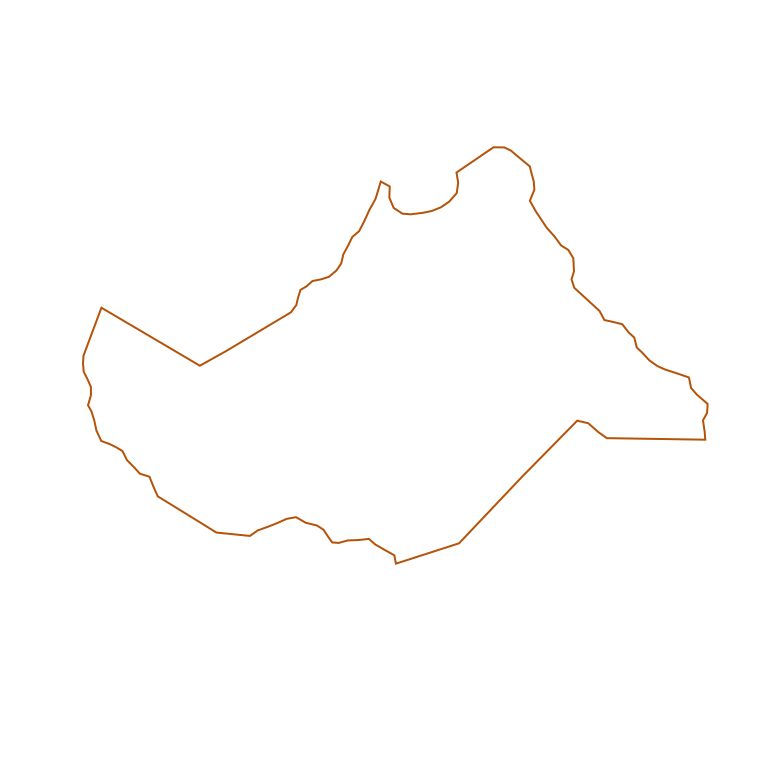 Aparecida, Paraíba, Brazil, rotated 242°
{"feature_id": "56859067B78543699669517", "entity_name": "Aparecida", "entity_type": "district", "adm_level": 2, "iso_a3": "BRA", "parent_name": "Brazil", "parent_adm1": "Paraíba", "projection": "orthographic", "projection_center": [-38.057, -6.786], "detail": "fine", "context": "isolated", "style": "outline", "palette": "amber", "viewbox_px": 768, "rotation_deg": 242, "n_neighbors": 0, "source": "geoboundaries", "source_scale": "gbopen_adm2", "svg_char_len": 1642}
<svg xmlns="http://www.w3.org/2000/svg" viewBox="0 0 768 768"><g transform="rotate(242 384 384)"><path d="M504.2,112.7L497.2,112.8L488.3,111.2L477.8,108.2L466.4,107.6L459.5,113.8L453.9,117.8L447.6,121.6L437.5,121.3L426.5,124.6L419.5,126.3L412.2,133.4L401.1,132.2L391.0,131.5L344.4,158.8L331.5,166.3L312.8,194.3L314.0,203.8L312.4,214.9L311.4,223.8L310.6,234.9L307.7,243.8L298.3,249.7L290.4,258.5L283.6,262.2L275.9,262.9L268.4,263.9L264.9,269.5L263.0,278.3L258.3,288.0L254.3,298.0L246.5,300.9L237.0,306.8L227.9,312.7L219.8,310.2L208.1,375.5L237.1,461.8L260.9,537.4L253.5,545.9L240.8,550.7L231.6,555.3L184.0,641.5L191.0,644.6L202.2,648.6L206.7,655.6L214.4,660.4L227.9,655.2L236.4,653.3L246.6,656.3L255.4,648.1L264.9,638.9L271.5,633.8L280.3,629.4L290.5,626.7L297.5,624.3L307.5,626.8L314.4,624.3L325.0,622.4L332.3,614.2L337.0,608.6L347.3,608.6L359.4,604.3L379.5,597.2L388.4,598.7L394.2,604.6L406.2,610.2L415.8,609.7L423.2,605.4L434.2,603.8L445.5,601.0L455.1,600.1L465.3,599.1L477.3,598.8L485.0,608.0L492.5,611.3L500.0,613.0L507.7,614.9L514.7,612.0L522.7,608.7L530.4,605.7L536.4,601.3L541.6,591.8L536.7,547.3L526.9,544.0L518.4,537.8L514.4,527.2L513.3,516.9L514.4,507.2L516.9,498.7L521.3,487.2L525.7,480.3L534.9,475.2L546.0,476.2L555.7,481.8L564.3,476.2L558.0,470.0L551.4,463.4L544.9,453.3L537.0,443.0L530.6,433.7L528.7,425.0L523.2,417.5L517.6,409.0L510.5,402.8L506.6,395.4L504.5,385.7L506.0,377.4L508.5,369.2L506.6,361.4L506.3,354.5L500.9,348.9L494.9,343.7L491.0,335.5L487.2,259.9L486.6,230.0L584.0,170.3L550.0,131.9L543.3,127.8L535.8,124.6L528.3,124.5L519.2,123.9L511.8,120.1L504.2,112.7Z" fill="none" stroke="#b45309" stroke-width="2"/></g></svg>